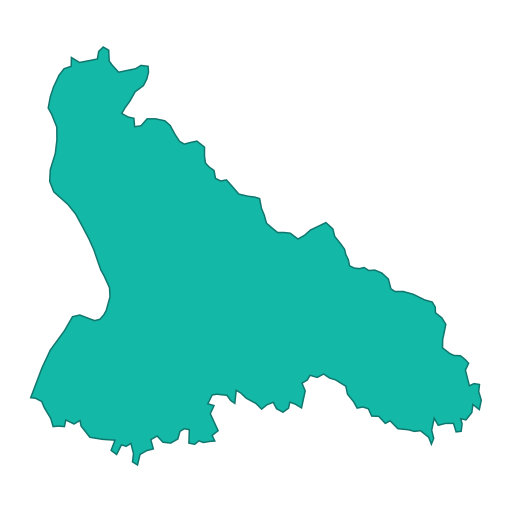 Itaipulândia, Paraná, Brazil
{"feature_id": "56859067B44371373624465", "entity_name": "Itaipulândia", "entity_type": "district", "adm_level": 2, "iso_a3": "BRA", "parent_name": "Brazil", "parent_adm1": "Paraná", "projection": "robinson", "projection_center": [-54.345, -25.136], "detail": "fine", "context": "isolated", "style": "filled", "palette": "teal", "viewbox_px": 512, "rotation_deg": 0, "n_neighbors": 0, "source": "geoboundaries", "source_scale": "gbopen_adm2", "svg_char_len": 2815}
<svg xmlns="http://www.w3.org/2000/svg" viewBox="0 0 512 512"><path d="M162.9,442.2L170.7,443.1L177.8,439.0L180.0,431.3L184.3,428.8L189.3,429.6L188.9,443.1L194.7,444.3L198.9,440.8L203.4,442.5L210.0,441.4L214.8,441.0L212.1,435.4L218.1,430.7L210.3,413.7L214.0,405.6L207.8,403.8L212.1,395.0L216.8,394.2L226.9,395.3L230.6,400.4L234.8,403.4L236.2,390.3L240.7,392.9L246.2,398.2L256.0,403.5L261.6,409.1L267.1,404.7L273.2,402.3L276.6,408.8L283.0,412.2L288.5,408.2L289.8,402.1L295.6,404.3L301.5,407.9L305.2,390.9L302.0,383.2L307.3,380.0L310.0,375.3L317.3,377.4L323.6,374.0L329.7,378.1L335.4,379.8L345.8,386.2L347.5,394.2L353.6,401.7L357.1,408.1L362.9,407.0L368.4,408.8L371.7,416.1L378.7,416.3L385.3,423.4L390.1,420.8L397.9,428.7L408.7,429.8L414.3,431.4L420.5,430.7L428.7,437.3L431.4,444.2L433.7,438.4L431.7,430.2L434.2,418.2L438.2,425.3L445.5,423.4L453.5,423.4L456.1,431.9L461.2,431.3L462.1,423.8L460.7,418.7L465.9,419.9L471.8,412.6L472.9,404.5L479.3,409.6L481.3,400.2L478.7,391.6L479.5,384.5L474.0,383.6L469.4,385.8L465.4,370.1L468.6,363.3L465.2,359.6L460.4,355.7L454.1,355.5L449.6,353.4L442.5,347.8L442.7,339.3L444.2,332.5L445.8,324.4L441.9,317.9L435.5,312.8L435.2,307.0L432.2,302.0L424.6,299.9L413.0,294.2L403.3,291.5L394.9,291.5L390.9,288.8L388.4,279.1L381.8,273.0L374.8,270.1L368.7,270.5L364.1,267.5L359.6,268.6L354.3,268.1L349.6,265.8L348.3,259.6L345.8,254.6L344.5,249.2L340.3,243.4L334.7,236.4L332.9,229.0L325.9,222.6L310.5,230.0L304.7,235.2L297.9,239.0L290.3,233.2L284.0,232.5L277.6,232.5L271.8,227.8L266.5,223.2L264.2,215.0L261.5,208.5L259.6,198.6L254.9,197.1L247.8,196.2L238.8,194.1L231.6,185.7L226.4,179.9L220.8,181.0L215.5,178.4L214.0,170.5L209.0,166.9L205.5,163.1L204.5,156.3L204.5,147.2L196.9,141.1L190.4,142.5L184.3,144.1L179.6,141.4L175.0,134.4L170.2,125.5L164.9,120.8L155.5,118.8L147.1,118.8L141.0,125.8L134.6,126.7L133.9,118.3L128.1,117.0L121.7,113.5L125.1,107.7L129.9,101.1L135.1,91.8L143.4,85.6L146.8,79.0L148.5,72.2L148.1,66.3L141.0,65.4L135.7,68.7L118.6,72.2L112.2,65.2L109.2,61.0L108.7,50.2L103.2,47.0L98.7,51.4L97.4,59.0L79.5,62.5L71.4,57.5L71.2,66.3L64.1,68.7L59.1,75.1L53.5,87.1L50.3,96.8L48.2,108.0L51.7,114.4L56.8,127.1L56.9,140.0L55.3,153.5L50.3,169.6L49.7,181.3L53.8,191.9L67.9,204.4L75.7,214.1L83.1,227.8L88.9,238.8L93.9,249.9L98.4,263.1L100.9,270.1L103.9,275.4L109.5,287.7L110.0,296.8L106.2,310.6L103.7,315.0L99.9,319.3L94.7,320.6L89.6,318.8L79.8,315.0L72.5,316.7L64.4,330.8L50.3,350.1L42.0,367.8L30.7,397.7L35.4,398.2L41.7,401.5L44.3,407.7L50.8,418.5L53.1,426.6L58.4,426.1L64.4,426.6L65.8,420.0L74.0,424.0L80.0,420.5L81.1,426.1L89.9,437.3L102.2,439.3L115.0,440.2L111.1,450.4L116.6,454.5L121.4,444.9L126.2,446.3L130.9,443.4L133.5,453.6L132.5,461.8L137.5,465.0L140.0,454.5L146.5,450.7L153.3,448.9L150.8,439.7L157.1,436.0L162.9,442.2Z" fill="#14b8a6" stroke="#0f766e" stroke-width="1.5"/></svg>